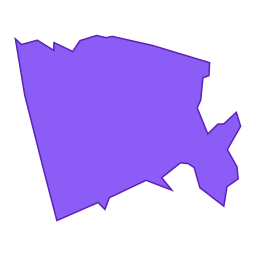 Baldwin, Georgia, United States of America (orthographic projection)
{"feature_id": "52423323B1932057307983", "entity_name": "Baldwin", "entity_type": "district", "adm_level": 2, "iso_a3": "USA", "parent_name": "United States of America", "parent_adm1": "Georgia", "projection": "orthographic", "projection_center": [-83.204, 33.058], "detail": "fine", "context": "isolated", "style": "filled", "palette": "violet", "viewbox_px": 256, "rotation_deg": 0, "n_neighbors": 0, "source": "geoboundaries", "source_scale": "gbopen_adm2", "svg_char_len": 596}
<svg xmlns="http://www.w3.org/2000/svg" viewBox="0 0 256 256"><path d="M223.8,206.2L227.0,186.7L238.2,178.8L236.9,166.6L227.3,149.6L240.6,126.3L236.3,112.3L223.8,123.9L217.9,124.1L207.8,133.9L197.2,107.9L200.7,100.1L202.9,77.9L208.9,75.7L209.6,62.7L152.3,45.4L112.3,36.4L106.2,37.7L96.5,35.5L80.0,40.6L72.7,51.5L54.0,42.6L53.7,50.4L37.4,40.2L21.5,44.5L15.4,38.9L24.7,95.0L35.7,138.5L43.7,170.1L56.9,220.5L98.1,202.5L104.9,209.4L109.3,197.7L146.0,180.3L171.8,190.1L161.7,177.7L180.5,162.8L188.4,163.7L194.2,167.6L199.9,187.7L223.8,206.2Z" fill="#8b5cf6" stroke="#5b21b6" stroke-width="1.5"/></svg>